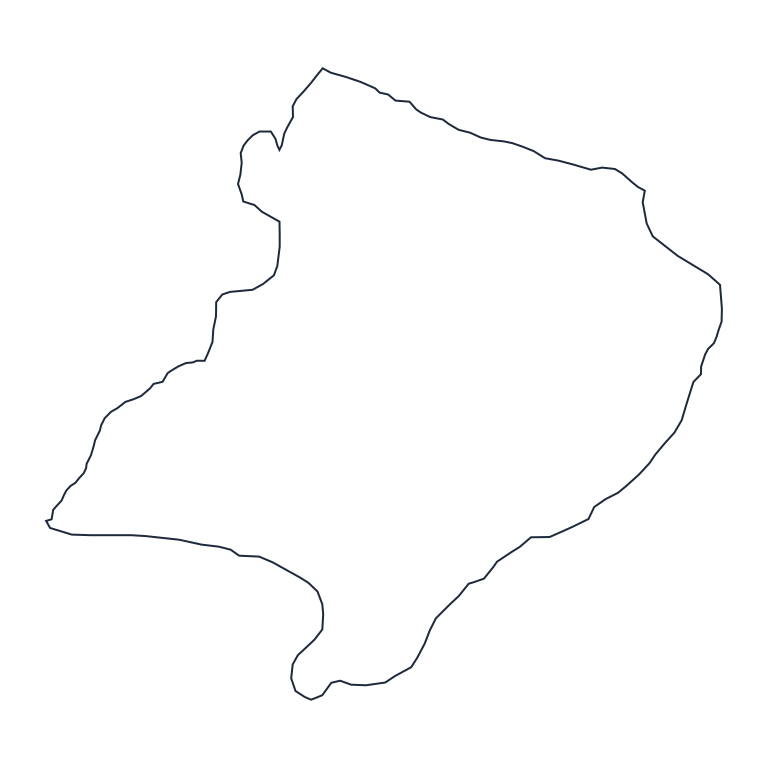 the district of Ismailli District, İsmayıllı, Azerbaijan
{"feature_id": "54616110B45290451128830", "entity_name": "Ismailli District", "entity_type": "district", "adm_level": 2, "iso_a3": "AZE", "parent_name": "Azerbaijan", "parent_adm1": "İsmayıllı", "projection": "equal_earth", "projection_center": [48.125, 40.803], "detail": "fine", "context": "isolated", "style": "outline", "palette": "slate", "viewbox_px": 768, "rotation_deg": 0, "n_neighbors": 0, "source": "geoboundaries", "source_scale": "gbopen_adm2", "svg_char_len": 2351}
<svg xmlns="http://www.w3.org/2000/svg" viewBox="0 0 768 768"><path d="M322.7,68.3L316.7,75.6L311.2,82.7L303.5,91.6L296.4,99.2L292.7,106.3L293.0,117.0L287.1,127.6L284.2,133.8L281.8,145.2L279.4,149.9L277.4,145.6L275.4,138.7L270.8,131.5L259.5,131.5L252.7,135.3L247.5,140.5L243.6,145.6L240.7,153.1L241.7,162.9L240.4,174.5L238.0,184.0L241.7,194.4L243.3,201.5L254.6,205.1L261.8,211.7L279.5,221.7L279.7,234.0L279.7,246.7L277.3,266.1L273.9,275.3L263.0,284.0L252.5,289.8L230.0,291.9L222.3,294.5L216.2,302.1L216.0,316.3L213.3,329.5L212.5,341.9L208.0,353.2L204.6,360.8L197.0,360.7L192.5,362.5L186.1,363.0L178.3,366.4L170.8,370.9L167.6,373.2L162.6,381.8L153.6,383.9L149.8,388.6L141.1,396.0L133.6,399.2L125.4,401.9L117.3,408.2L111.0,411.8L104.7,418.2L101.1,425.4L99.9,430.5L95.1,440.2L93.5,446.8L91.0,455.1L86.6,463.9L86.1,468.1L83.7,473.2L79.0,478.3L75.4,482.8L70.3,486.1L66.3,490.6L64.0,495.0L61.5,500.7L56.0,506.6L53.2,509.8L51.6,519.3L46.1,520.9L50.1,528.0L71.8,534.6L90.4,535.2L111.2,535.2L131.7,535.2L145.8,536.1L179.0,539.7L201.5,544.6L219.0,546.7L230.7,549.7L239.2,555.7L259.1,556.6L272.6,562.3L287.7,570.7L300.3,577.7L308.4,582.8L317.5,591.5L322.3,604.2L323.2,614.4L322.3,629.5L314.4,639.7L305.4,648.2L297.9,655.1L292.7,664.4L291.2,678.3L295.5,691.0L304.8,697.0L311.1,699.7L315.0,698.2L322.3,695.2L331.3,682.8L340.1,680.7L351.2,684.7L364.2,685.2L365.7,685.3L385.3,682.5L395.2,675.9L411.2,667.2L417.2,657.8L424.7,643.6L429.8,630.4L435.9,618.3L450.0,604.2L458.8,596.0L468.7,583.7L473.8,582.2L484.0,578.6L493.7,566.5L497.0,561.7L511.4,552.1L519.6,547.0L531.0,537.3L549.7,537.0L571.3,527.4L588.5,519.0L594.2,507.0L605.6,499.1L618.0,492.8L626.7,485.6L639.0,474.5L649.8,462.8L655.2,454.7L664.5,443.6L674.5,432.5L681.7,420.2L685.5,407.3L693.4,382.0L701.0,374.1L701.1,366.6L705.2,354.3L708.1,348.9L714.0,343.1L716.6,336.7L718.8,329.4L721.6,321.6L721.9,308.7L720.0,284.8L708.1,274.3L677.7,255.9L652.8,236.4L646.7,223.5L642.7,202.3L644.8,190.7L638.0,187.0L631.8,182.0L622.3,173.5L614.9,169.0L602.2,167.6L590.9,169.7L573.5,164.6L558.3,160.6L545.0,158.2L533.7,151.1L522.9,146.8L512.3,143.1L503.9,141.4L490.3,139.9L480.7,137.5L470.1,132.7L458.6,129.8L448.9,124.1L442.8,119.5L430.3,117.1L421.1,112.7L416.3,109.5L409.5,101.7L395.5,100.6L388.1,94.5L379.6,92.6L375.3,88.4L360.5,81.9L345.7,76.9L330.8,72.7L322.7,68.3Z" fill="none" stroke="#1e293b" stroke-width="2"/></svg>